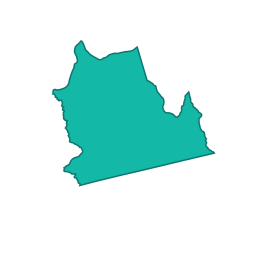 outline of São Geraldo do Araguaia, Pará, Brazil, rotated 211°
{"feature_id": "56859067B69966397982838", "entity_name": "São Geraldo do Araguaia", "entity_type": "district", "adm_level": 2, "iso_a3": "BRA", "parent_name": "Brazil", "parent_adm1": "Pará", "projection": "robinson", "projection_center": [-48.713, -6.168], "detail": "fine", "context": "isolated", "style": "filled", "palette": "teal", "viewbox_px": 256, "rotation_deg": 211, "n_neighbors": 0, "source": "geoboundaries", "source_scale": "gbopen_adm2", "svg_char_len": 4359}
<svg xmlns="http://www.w3.org/2000/svg" viewBox="0 0 256 256"><g transform="rotate(211 128 128)"><path d="M162.3,60.9L161.7,60.7L161.0,58.5L160.4,58.1L159.8,58.1L158.3,59.0L156.5,59.5L155.0,60.0L153.5,59.8L152.2,59.7L151.1,60.5L150.3,60.9L149.4,61.6L148.8,61.2L148.7,60.1L149.1,59.1L148.8,58.3L148.1,57.9L147.4,58.1L146.4,58.7L145.4,57.8L144.6,57.3L143.8,57.1L143.3,56.4L142.3,55.3L141.4,55.3L140.6,55.5L140.0,55.0L139.7,53.9L128.2,65.7L126.3,67.6L114.2,79.5L111.3,82.4L105.0,88.5L97.0,96.2L94.8,98.4L91.8,101.3L88.2,104.8L87.4,105.6L82.9,110.0L64.0,128.6L61.2,131.3L59.4,133.0L56.2,136.2L41.1,150.9L42.3,151.5L43.5,151.0L44.1,151.1L44.7,151.3L45.5,151.3L46.5,151.2L47.6,151.4L48.7,151.4L49.3,152.1L50.0,151.9L50.9,152.6L51.7,152.6L52.3,153.4L53.0,154.3L52.8,155.1L53.0,155.8L53.9,156.5L55.1,157.2L55.4,158.0L55.2,159.1L56.4,159.4L57.8,160.4L58.4,160.9L58.7,161.8L59.7,162.5L60.4,163.5L61.7,163.7L62.6,163.5L63.5,163.7L64.1,164.0L65.4,164.8L66.1,165.2L68.3,167.6L68.8,168.2L69.5,168.6L70.4,169.9L70.8,170.7L71.4,171.5L71.8,172.6L71.6,174.5L71.2,175.7L71.5,177.1L72.4,177.8L73.1,177.9L74.7,178.0L75.6,177.8L76.1,178.3L76.7,178.7L77.6,179.0L78.5,179.3L79.1,179.3L80.4,179.5L81.1,179.9L82.0,179.7L83.0,179.8L83.8,180.4L84.3,181.3L85.4,182.2L86.4,182.1L87.2,182.4L87.8,182.9L88.6,184.0L88.9,184.6L89.6,185.3L90.5,186.4L91.2,186.5L92.3,188.0L93.0,188.7L93.6,189.3L94.5,190.1L95.5,184.8L95.2,184.2L94.3,183.3L93.8,181.1L93.7,180.1L93.1,178.8L92.9,177.9L92.3,177.1L92.2,175.9L92.8,174.9L93.0,173.9L92.5,173.4L92.4,172.7L92.0,172.1L91.2,170.9L90.6,169.2L91.0,167.9L90.5,165.9L90.6,164.8L91.4,163.2L91.5,162.5L92.3,162.1L94.2,162.4L96.2,162.9L97.4,162.9L99.5,162.5L101.4,161.7L102.1,161.2L103.2,160.7L103.9,160.6L104.5,160.7L106.3,161.3L107.4,162.1L108.8,163.6L109.3,164.5L109.4,165.5L109.8,167.2L110.8,169.2L111.7,170.2L112.6,171.0L113.3,171.5L116.1,172.1L117.6,172.9L119.3,173.4L120.1,173.8L121.8,174.2L123.3,175.8L124.4,176.6L125.4,178.0L126.0,178.3L127.3,178.0L128.2,178.0L129.7,178.9L131.6,178.6L132.4,179.0L133.4,178.7L134.4,179.0L135.8,178.3L140.1,182.2L161.8,202.1L162.2,201.2L162.9,199.4L163.2,198.2L164.5,196.1L165.8,194.8L167.2,193.9L167.9,193.0L168.8,192.7L170.0,191.7L170.7,190.9L172.5,189.3L173.1,188.9L173.5,188.3L174.3,187.5L174.8,186.9L175.8,186.3L176.4,186.0L177.3,185.6L178.2,184.8L179.8,183.5L180.2,182.7L180.8,182.2L181.2,181.7L181.7,181.0L182.3,180.0L182.4,178.9L183.3,177.0L184.8,175.6L185.3,174.8L185.5,173.9L186.0,173.0L187.1,172.1L188.3,171.6L196.0,171.4L199.4,171.7L200.3,172.1L201.9,172.6L202.8,172.8L203.6,172.9L204.3,173.1L204.9,173.4L209.5,177.1L212.2,178.6L213.0,178.5L213.3,177.5L213.4,176.4L213.7,174.9L214.4,172.9L214.9,170.6L214.0,167.5L213.4,166.3L212.6,165.3L211.7,164.6L209.1,162.9L208.1,162.0L206.9,160.9L206.5,160.3L205.8,159.1L205.6,158.2L205.8,156.9L206.4,156.1L206.7,155.0L205.4,151.8L204.8,147.1L204.1,143.6L203.8,142.6L203.4,140.8L203.1,139.5L201.8,135.9L201.7,134.0L201.8,132.7L202.1,131.5L202.7,130.1L203.6,128.7L205.2,126.8L207.7,124.4L209.3,123.7L210.2,123.6L211.2,122.8L211.4,122.1L211.4,121.3L210.9,120.7L210.7,119.9L210.2,119.2L210.0,118.5L209.4,118.9L208.8,119.0L207.9,118.7L206.9,118.3L206.6,117.6L206.0,117.0L204.5,117.5L203.9,117.3L203.8,116.3L203.2,116.1L202.3,116.3L201.6,115.8L201.0,115.9L200.3,116.9L199.7,117.4L198.7,117.2L198.1,116.5L197.0,115.7L196.9,114.9L196.5,114.3L196.3,112.8L194.9,112.4L194.2,112.8L194.0,111.2L193.4,109.8L192.6,109.9L191.9,110.2L191.3,109.4L191.5,108.2L190.9,107.8L190.8,107.1L190.0,105.6L189.4,105.2L189.0,104.6L188.4,104.0L188.4,103.2L187.6,103.1L187.3,102.5L185.5,102.2L185.2,102.8L184.4,102.5L183.8,102.9L183.4,102.1L183.6,101.4L183.1,100.8L182.9,99.8L181.7,99.0L181.5,98.4L181.7,96.8L181.7,95.7L180.9,95.7L180.2,95.3L179.4,94.9L178.3,94.5L177.8,93.7L177.2,93.3L176.3,92.9L175.6,92.4L175.1,91.5L175.3,90.7L174.5,90.3L174.0,90.0L173.4,89.6L172.8,89.3L172.3,88.9L172.0,88.1L171.6,87.4L171.3,86.5L170.4,86.1L169.5,86.2L168.5,86.7L167.0,87.1L166.3,86.8L165.5,86.8L164.4,87.2L163.6,87.3L162.5,87.0L161.4,87.3L160.6,87.0L160.0,86.8L159.4,86.5L158.7,86.9L157.9,87.0L157.1,86.5L156.3,85.8L155.7,85.5L155.0,85.0L154.5,84.0L154.5,82.8L154.9,81.9L155.2,80.6L155.3,79.5L155.4,78.7L156.6,76.8L157.6,76.0L158.8,74.4L159.4,73.2L159.8,72.0L160.0,70.4L159.7,67.8L159.7,66.6L160.3,65.1L160.9,64.3L161.4,63.8L161.4,62.8L162.3,60.9Z" fill="#14b8a6" stroke="#0f766e" stroke-width="1.5"/></g></svg>